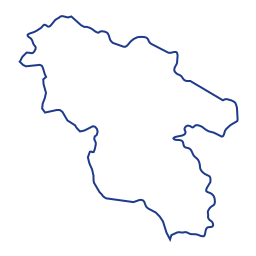 the Province of L'Aquila, rotated 181°
{"feature_id": "ITA-5420", "entity_name": "L'Aquila", "entity_type": "Province", "adm_level": 1, "iso_a3": "ITA", "parent_name": "Italy", "parent_adm1": "", "projection": "albers", "projection_center": [13.512, 42.145], "detail": "fine", "context": "isolated", "style": "outline", "palette": "blue", "viewbox_px": 256, "rotation_deg": 181, "n_neighbors": 0, "source": "natural_earth", "source_scale": "10m", "svg_char_len": 3948}
<svg xmlns="http://www.w3.org/2000/svg" viewBox="0 0 256 256"><g transform="rotate(181 128 128)"><path d="M84.0,17.3L87.7,24.1L91.4,35.2L94.8,40.1L98.8,44.0L106.5,47.9L108.2,49.4L109.1,51.0L110.5,54.6L111.8,55.9L113.6,56.4L115.4,56.2L121.2,54.0L148.7,57.3L151.4,59.0L153.5,61.6L155.3,63.3L161.0,72.6L161.5,74.8L161.7,79.9L163.2,85.9L166.0,92.0L167.6,98.0L165.7,103.6L164.5,103.8L163.1,103.2L161.9,103.4L160.8,106.4L159.9,111.2L160.0,112.7L160.4,113.9L161.4,115.8L161.5,117.2L161.2,118.7L160.6,119.4L159.8,119.9L159.0,120.8L158.3,123.9L159.1,126.6L160.9,128.6L163.0,129.2L171.6,124.7L175.9,123.7L179.2,127.0L181.0,129.8L188.7,134.5L193.8,142.9L196.2,144.7L199.3,144.8L211.2,142.0L214.2,146.0L213.7,151.0L211.7,156.4L210.6,161.7L213.2,170.4L213.6,175.1L210.8,177.6L212.1,180.2L214.1,186.5L215.2,188.7L217.2,189.6L231.1,187.9L234.0,189.2L237.4,192.4L237.1,192.7L235.4,196.3L234.8,197.3L234.3,197.9L230.7,201.6L229.5,201.6L225.1,201.1L224.1,201.7L223.1,202.8L221.8,205.4L221.7,206.7L222.0,207.7L223.2,209.1L223.9,210.2L224.5,211.4L225.1,213.3L225.4,214.0L226.3,215.3L226.8,215.9L228.9,217.3L229.4,217.8L229.8,218.3L230.0,218.8L230.0,219.4L229.3,220.1L227.9,220.8L224.1,222.1L221.3,223.5L216.8,226.5L214.2,229.4L213.5,229.8L212.1,229.5L209.8,228.0L208.8,228.0L207.7,228.5L206.2,230.2L202.7,234.7L201.9,235.3L198.8,237.2L197.8,238.1L196.6,238.6L195.4,238.7L190.0,237.5L186.6,238.5L176.8,230.0L173.4,228.3L170.9,228.4L168.0,227.5L165.8,226.4L162.2,223.8L160.4,223.0L159.1,222.8L158.5,223.2L157.9,223.8L156.9,224.1L155.5,224.3L152.8,223.9L151.2,223.2L150.2,222.6L149.7,221.9L149.3,221.1L148.6,219.7L147.6,216.4L147.1,215.4L146.3,214.4L144.8,212.9L134.2,209.3L132.5,209.1L131.8,209.4L131.1,209.7L129.9,210.8L126.9,214.5L124.0,217.0L120.3,218.9L117.4,219.3L114.3,219.3L112.6,219.1L111.4,218.7L110.7,218.3L110.1,217.7L109.6,217.1L109.2,216.4L108.9,215.7L108.6,214.9L107.8,213.8L106.4,212.6L89.0,204.0L88.1,203.9L87.1,203.9L86.3,204.0L84.0,204.6L82.1,204.9L81.1,204.7L80.4,204.2L80.1,203.4L79.9,202.6L79.7,201.6L79.7,200.6L80.1,194.3L80.3,193.4L80.6,192.6L82.2,189.6L82.5,188.7L82.7,187.7L82.7,186.7L82.5,185.6L81.6,184.4L79.7,182.8L77.6,182.0L75.7,180.9L73.2,177.5L72.3,176.8L71.3,176.3L69.8,176.0L69.4,176.0L66.6,176.1L33.7,157.4L32.9,157.6L32.3,158.1L31.1,158.5L29.2,158.5L25.1,157.4L22.8,156.3L21.4,155.3L20.9,154.5L20.6,153.8L19.5,150.6L19.4,149.8L18.6,139.1L18.6,138.3L18.9,136.8L21.7,135.1L21.9,135.0L25.6,132.7L29.6,128.9L30.3,127.9L30.8,127.1L31.1,126.4L31.8,123.8L32.6,121.8L33.4,121.2L34.2,121.1L42.0,124.8L47.5,126.2L50.4,127.8L53.7,130.3L54.7,130.8L56.0,131.4L58.4,132.0L59.8,132.0L60.8,131.7L62.2,130.4L63.2,129.7L63.9,129.8L65.8,130.9L67.5,131.4L68.6,131.4L69.4,131.0L70.1,130.5L70.6,130.0L71.1,129.3L71.4,128.6L71.5,127.8L71.3,127.1L70.6,125.7L70.4,124.9L70.6,123.8L71.2,122.7L73.4,121.5L80.1,120.0L81.7,119.3L82.4,118.5L82.0,117.8L81.4,117.4L80.5,117.1L79.6,116.9L76.6,116.9L74.7,116.5L73.9,116.1L73.3,115.6L72.9,114.9L72.6,114.1L72.2,112.4L72.0,111.5L71.7,110.8L71.2,110.3L70.8,109.9L70.3,109.6L66.9,108.8L66.1,108.4L65.4,107.9L64.9,107.3L64.4,106.7L62.3,102.4L61.9,101.7L61.4,101.1L57.9,98.0L57.4,97.4L56.6,95.9L56.0,94.3L55.6,92.6L55.1,88.9L54.8,88.1L54.4,87.4L53.6,86.1L52.4,85.0L50.6,83.5L45.9,81.3L45.4,80.7L44.9,79.8L44.7,78.7L44.6,76.6L44.7,75.5L45.3,74.3L48.1,69.5L48.7,67.7L48.7,66.4L48.2,65.9L47.5,65.4L44.2,64.2L42.8,63.2L42.2,62.7L41.2,61.5L40.5,60.0L40.2,58.9L40.0,57.6L39.8,55.4L40.1,54.1L40.4,53.1L40.9,52.5L43.5,50.7L44.3,50.0L45.1,49.0L46.3,47.0L46.7,45.7L46.7,44.6L46.4,43.0L46.3,42.5L46.4,41.0L46.4,40.1L46.1,39.3L45.8,38.6L45.2,37.9L44.7,37.4L42.7,36.0L42.1,35.3L41.6,34.4L41.2,33.0L41.3,32.0L41.7,31.2L42.3,30.8L43.1,30.5L46.0,30.2L47.0,29.8L48.1,28.4L48.6,26.6L49.1,23.5L49.6,22.1L50.2,21.2L51.0,21.1L52.0,21.1L53.8,21.5L56.3,22.5L58.2,22.9L63.2,23.0L64.1,23.2L65.7,23.9L66.4,24.3L68.0,24.8L69.0,24.9L71.6,24.4L75.5,24.7L76.5,24.5L77.3,24.3L82.8,21.6L84.0,17.3Z" fill="none" stroke="#1e3a8a" stroke-width="2"/></g></svg>